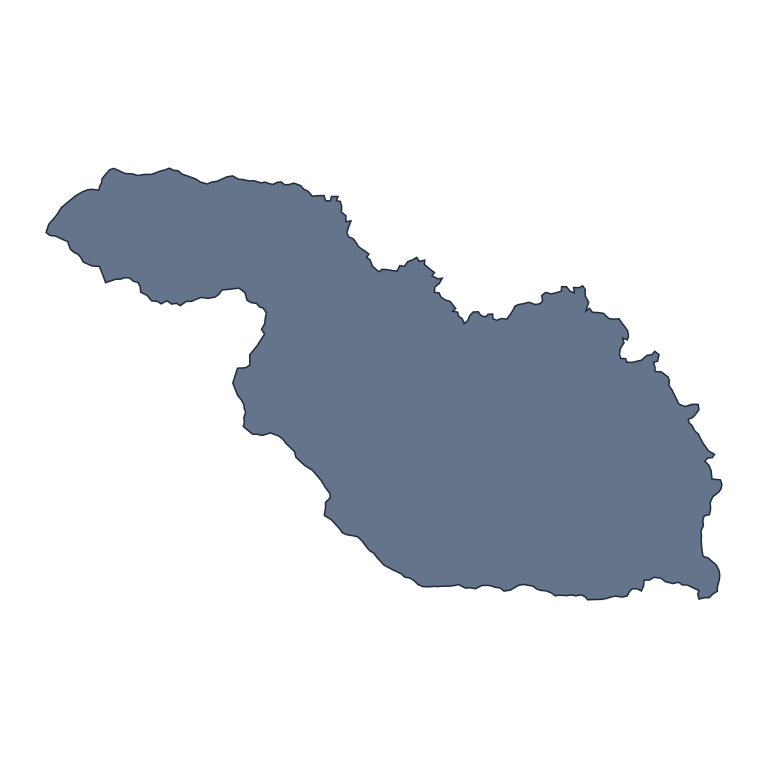 the district of Perolândia, Goiás, Brazil
{"feature_id": "56859067B36412367072332", "entity_name": "Perolândia", "entity_type": "district", "adm_level": 2, "iso_a3": "BRA", "parent_name": "Brazil", "parent_adm1": "Goiás", "projection": "albers", "projection_center": [-52.226, -17.486], "detail": "fine", "context": "isolated", "style": "filled", "palette": "slate", "viewbox_px": 768, "rotation_deg": 0, "n_neighbors": 0, "source": "geoboundaries", "source_scale": "gbopen_adm2", "svg_char_len": 4839}
<svg xmlns="http://www.w3.org/2000/svg" viewBox="0 0 768 768"><path d="M582.7,285.9L579.1,287.7L573.6,287.5L574.4,292.9L570.0,291.2L566.5,286.7L561.6,286.7L561.3,291.2L555.9,292.8L551.4,293.9L545.6,292.4L541.7,295.5L542.6,300.7L540.3,303.6L535.4,304.6L529.1,302.3L522.8,303.8L518.3,304.6L514.9,306.2L513.0,310.2L510.6,314.0L506.7,319.2L501.2,318.5L497.0,320.3L492.9,318.8L492.6,314.0L488.2,314.3L485.2,317.0L480.7,315.3L478.4,311.8L473.1,312.0L469.7,315.7L467.7,320.7L464.2,323.5L462.2,318.6L458.5,316.1L457.7,312.2L452.8,311.2L455.7,308.5L450.2,301.5L444.9,299.8L440.8,296.9L439.0,292.8L434.3,292.4L434.9,286.9L439.2,283.6L442.3,278.2L437.8,278.8L431.9,275.7L434.5,272.6L430.4,269.5L424.4,264.4L424.8,260.2L419.3,261.3L416.7,257.4L412.6,259.8L407.7,261.6L404.4,266.4L399.8,265.6L397.1,271.1L391.8,270.5L387.7,269.7L381.9,269.3L379.0,271.8L372.6,266.4L369.9,259.6L366.7,257.6L368.9,254.0L364.8,250.9L361.3,248.7L358.3,246.4L355.9,242.3L353.0,238.6L348.8,237.0L346.8,233.0L348.4,227.4L351.0,220.9L345.9,221.7L345.9,215.7L341.3,212.1L341.7,206.4L340.2,201.4L336.4,200.8L338.0,196.5L331.5,196.5L330.3,200.9L325.7,200.8L324.0,195.5L318.1,195.7L312.2,196.1L308.0,191.2L303.9,189.3L300.6,185.6L293.9,183.1L289.0,184.6L284.5,184.6L281.1,181.9L277.2,182.3L273.2,184.4L269.3,183.7L265.3,182.1L261.0,182.9L254.3,180.8L249.2,180.9L243.1,179.6L238.3,179.2L232.7,175.9L227.0,176.8L217.1,181.3L211.6,182.1L207.3,184.0L200.2,182.0L195.6,178.9L187.9,176.1L182.0,174.1L178.3,170.8L173.6,170.2L169.3,168.2L164.5,170.1L160.2,171.1L156.1,172.7L151.3,174.4L144.2,174.4L137.9,175.5L132.8,174.0L124.9,173.4L117.3,169.9L113.7,168.4L109.6,169.7L104.5,175.7L102.1,178.6L101.5,182.9L99.7,186.4L98.9,190.2L91.5,189.3L87.5,189.8L82.1,192.0L75.7,195.7L61.4,207.5L56.5,215.3L48.8,224.2L46.1,232.5L49.8,235.4L55.9,236.2L62.7,239.5L67.6,241.5L70.3,249.2L74.3,252.6L78.0,254.3L80.7,257.4L83.3,262.1L92.2,266.0L99.4,266.4L103.2,275.9L105.6,282.7L109.5,281.3L116.0,279.2L120.2,279.2L125.7,277.6L129.6,278.1L133.6,281.4L137.9,282.3L140.2,286.8L140.7,292.2L147.2,295.5L151.6,300.8L157.8,301.5L161.1,303.9L166.8,300.8L171.7,304.1L176.5,303.3L180.2,305.7L186.3,301.4L191.4,301.4L195.5,299.6L201.1,297.4L207.8,298.4L215.0,297.1L219.1,294.2L221.9,290.0L228.5,289.4L239.0,288.1L244.9,292.6L247.1,300.3L250.9,302.6L256.5,303.4L259.5,306.9L263.1,308.1L266.4,312.9L265.2,318.7L264.7,323.6L261.5,329.4L264.6,334.1L261.5,338.7L257.3,345.5L249.7,354.8L249.8,365.0L245.6,367.8L237.5,368.2L232.8,383.0L237.7,395.6L241.3,399.9L243.9,404.7L244.2,408.6L245.6,412.1L243.8,417.9L244.4,422.0L243.3,426.5L252.5,434.2L256.7,434.2L262.4,435.4L270.4,432.9L278.7,436.0L283.0,439.4L286.1,443.5L294.4,451.5L296.0,457.4L304.7,465.5L312.3,470.2L320.9,480.2L325.5,487.7L330.0,493.6L330.1,497.8L325.5,502.4L325.5,507.6L324.3,515.4L331.5,519.9L339.5,528.6L342.2,532.7L346.3,534.6L353.4,535.8L357.6,536.8L361.7,540.6L367.0,547.6L369.9,550.9L373.7,553.1L377.3,557.9L384.2,565.3L387.7,567.1L393.1,570.0L401.4,573.9L404.6,577.1L410.2,578.1L414.0,580.6L418.0,584.6L423.2,586.7L429.5,586.8L434.0,586.3L437.6,586.6L442.1,586.2L449.7,586.1L454.6,585.5L458.8,584.5L465.1,588.0L470.6,587.8L475.6,588.7L481.8,585.5L487.5,585.3L491.4,585.9L495.5,587.4L499.9,587.8L504.0,591.1L510.3,590.1L514.8,587.5L519.1,585.1L524.5,584.5L528.2,585.3L532.9,586.1L536.3,588.8L540.0,590.3L546.2,590.9L551.6,593.0L555.0,595.8L559.3,595.2L566.2,595.6L571.4,595.0L575.7,595.8L581.3,594.9L585.0,596.7L587.7,599.8L593.4,599.6L601.1,599.4L606.6,598.5L610.2,597.2L615.3,596.1L622.8,597.1L627.3,595.9L629.4,591.6L632.6,588.7L637.3,588.9L641.4,591.0L643.6,585.8L644.1,580.2L649.7,580.0L653.8,577.3L660.9,578.2L665.3,581.7L668.8,582.5L672.9,583.6L678.4,582.2L682.5,585.0L687.4,585.0L694.1,588.3L699.0,590.6L697.7,594.3L699.0,599.1L704.5,597.7L709.2,597.7L713.0,593.9L717.3,591.2L717.4,587.0L719.5,578.9L719.7,574.1L718.9,570.3L716.2,565.0L708.1,557.9L703.0,556.3L701.8,548.7L701.2,540.1L701.5,535.5L700.9,530.8L703.4,525.9L702.8,519.9L704.3,515.9L709.5,514.6L710.6,508.9L710.2,502.5L712.9,496.6L718.6,492.3L721.0,488.8L721.9,484.4L720.4,479.9L712.0,479.0L711.0,470.2L708.8,465.2L704.9,461.3L707.5,458.1L712.3,457.6L714.5,454.3L708.6,451.0L703.3,443.6L700.6,438.8L698.4,434.0L695.1,431.4L692.1,425.6L689.3,423.1L688.2,419.2L692.3,417.8L695.3,414.7L699.0,409.5L698.1,404.4L692.0,404.3L685.3,406.6L678.9,404.1L672.1,390.1L668.9,385.5L669.4,380.9L668.2,377.1L664.9,374.6L661.5,371.9L655.0,371.5L655.0,367.4L653.5,362.4L657.6,361.2L658.9,354.6L654.8,351.3L651.6,354.8L647.2,355.2L641.4,360.2L632.1,362.4L626.7,362.2L625.7,358.6L620.8,358.5L619.4,354.1L620.6,348.0L624.0,343.0L622.6,338.1L627.3,339.9L628.5,336.0L627.6,330.8L624.7,326.5L621.4,322.4L619.1,318.8L612.9,319.2L608.6,318.4L603.4,313.3L598.1,312.6L592.5,312.3L589.5,308.3L585.8,311.2L588.7,302.3L585.2,295.9L585.2,289.4L582.7,285.9Z" fill="#64748b" stroke="#1e293b" stroke-width="1.5"/></svg>